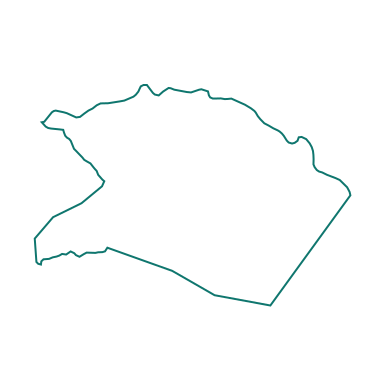 outline of Guadalupe, Piauí, Brazil, rotated 7°
{"feature_id": "56859067B67067053626409", "entity_name": "Guadalupe", "entity_type": "district", "adm_level": 2, "iso_a3": "BRA", "parent_name": "Brazil", "parent_adm1": "Piauí", "projection": "orthographic", "projection_center": [-43.76, -6.842], "detail": "fine", "context": "isolated", "style": "outline", "palette": "teal", "viewbox_px": 384, "rotation_deg": 7, "n_neighbors": 0, "source": "geoboundaries", "source_scale": "gbopen_adm2", "svg_char_len": 1736}
<svg xmlns="http://www.w3.org/2000/svg" viewBox="0 0 384 384"><g transform="rotate(7 192 192)"><path d="M34.4,141.1L38.8,144.9L41.4,146.0L44.3,146.2L52.9,146.0L56.6,146.0L57.7,148.6L59.3,151.6L61.3,153.3L63.6,154.3L65.5,156.1L69.6,163.5L72.5,165.8L74.8,167.7L79.0,171.1L81.1,173.2L84.0,174.5L87.7,176.0L91.2,179.5L92.8,181.0L94.8,182.7L96.8,186.4L101.5,190.6L103.6,192.0L102.0,197.3L83.7,216.6L57.2,233.9L41.6,257.4L46.1,280.4L48.1,282.0L50.9,282.4L50.9,279.2L52.8,276.9L58.3,275.8L61.8,273.8L65.4,272.6L68.0,271.3L70.6,269.3L74.7,269.4L78.8,265.8L82.6,267.1L84.5,268.8L88.2,270.0L90.1,268.5L92.1,266.9L94.8,265.0L103.6,264.2L106.1,263.3L110.4,262.6L112.9,261.5L114.8,257.6L118.3,258.4L182.0,272.7L224.9,290.8L227.0,291.7L283.6,295.1L349.6,176.0L348.4,172.7L345.4,168.4L337.2,162.1L332.8,160.7L323.9,158.5L318.8,156.7L315.6,156.2L313.2,155.0L310.7,152.4L309.2,149.8L308.7,144.7L308.0,140.4L307.1,136.6L305.4,132.9L302.9,129.4L298.9,125.6L294.1,124.0L291.3,124.7L290.5,128.3L287.9,130.7L285.4,131.7L281.9,131.1L279.8,129.4L276.2,125.0L274.1,123.0L271.6,121.3L269.6,120.4L265.0,118.9L260.2,116.8L255.4,115.0L250.9,111.4L248.1,108.7L245.5,105.3L244.0,103.9L240.2,101.7L233.9,98.9L228.7,97.3L219.7,94.5L216.1,95.3L213.2,95.8L209.2,95.6L204.4,96.3L201.2,96.7L198.5,95.9L197.0,94.0L195.6,90.2L188.8,88.9L186.6,89.6L178.9,93.3L174.7,93.4L161.9,92.6L158.2,91.6L156.1,91.6L151.1,95.8L147.2,100.2L143.2,99.8L141.1,98.4L134.2,91.3L130.8,91.7L128.3,93.4L127.6,95.4L126.5,98.9L124.4,102.3L122.3,104.5L113.7,109.5L109.2,110.9L98.0,114.1L90.5,115.2L86.9,117.5L83.1,121.3L79.3,123.8L75.5,127.3L71.7,131.1L68.0,132.1L58.1,129.0L54.9,128.5L46.8,127.8L44.9,128.5L43.2,130.0L36.8,140.3L34.4,141.1Z" fill="none" stroke="#0f766e" stroke-width="2"/></g></svg>